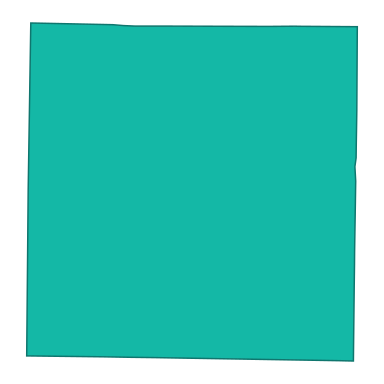 outline of Tarrant, Texas, United States of America
{"feature_id": "52423323B78708010643826", "entity_name": "Tarrant", "entity_type": "district", "adm_level": 2, "iso_a3": "USA", "parent_name": "United States of America", "parent_adm1": "Texas", "projection": "mercator", "projection_center": [-97.198, 32.771], "detail": "fine", "context": "isolated", "style": "filled", "palette": "teal", "viewbox_px": 384, "rotation_deg": 0, "n_neighbors": 0, "source": "geoboundaries", "source_scale": "gbopen_adm2", "svg_char_len": 547}
<svg xmlns="http://www.w3.org/2000/svg" viewBox="0 0 384 384"><path d="M30.8,23.0L28.2,188.7L26.7,355.9L103.0,356.8L131.5,357.3L155.3,357.6L177.6,358.0L322.5,360.4L340.4,360.7L344.3,360.8L353.4,361.0L354.2,287.4L354.5,264.6L354.5,264.4L354.6,251.5L354.8,237.9L355.4,201.4L355.4,201.1L355.7,181.1L354.9,166.6L356.1,157.9L356.3,142.3L356.5,130.5L356.8,110.9L357.3,26.7L298.7,26.3L295.2,26.2L271.2,26.4L262.5,26.4L228.1,26.3L168.1,26.1L150.8,26.1L135.6,26.1L123.7,25.6L112.9,24.7L30.8,23.0Z" fill="#14b8a6" stroke="#0f766e" stroke-width="1.5"/></svg>